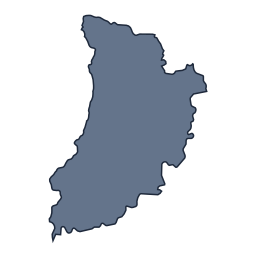 the Autonomous Community of Lérida
{"feature_id": "ESP-5831", "entity_name": "Lérida", "entity_type": "Autonomous Community", "adm_level": 1, "iso_a3": "ESP", "parent_name": "Spain", "parent_adm1": "", "projection": "mercator", "projection_center": [0.993, 42.04], "detail": "fine", "context": "isolated", "style": "filled", "palette": "slate", "viewbox_px": 256, "rotation_deg": 0, "n_neighbors": 0, "source": "natural_earth", "source_scale": "10m", "svg_char_len": 4417}
<svg xmlns="http://www.w3.org/2000/svg" viewBox="0 0 256 256"><path d="M89.0,15.4L90.8,15.5L94.4,17.0L96.2,17.4L98.2,17.2L100.0,17.5L104.4,20.1L107.5,21.3L108.4,22.0L110.1,23.7L111.2,24.2L112.2,23.6L113.1,22.8L114.2,22.5L115.1,22.8L116.8,24.2L117.6,24.7L126.4,25.3L128.6,26.0L130.4,27.6L131.4,29.7L132.2,31.9L133.3,33.8L135.1,35.1L136.2,35.3L139.7,34.1L152.4,34.2L154.9,34.8L154.4,36.8L154.9,37.4L155.9,37.5L156.8,37.9L158.6,41.2L160.6,44.0L162.4,48.8L163.9,50.8L163.4,51.7L162.8,53.1L162.7,54.4L163.6,55.0L163.6,55.5L161.8,58.5L161.5,60.1L163.8,59.8L165.7,61.4L166.0,63.7L164.0,65.1L163.4,65.3L161.6,66.1L164.6,70.8L164.6,72.5L165.8,73.4L172.1,74.3L172.9,74.1L174.1,73.5L174.8,72.7L175.2,71.9L175.8,71.2L178.7,70.8L182.3,70.4L185.7,68.9L186.8,65.2L187.2,64.7L187.5,64.6L187.8,64.7L188.0,65.1L189.3,65.6L190.5,65.5L191.7,65.0L192.7,63.8L193.0,64.0L193.2,64.3L193.2,64.7L193.2,65.1L193.4,67.5L193.9,69.7L194.9,71.7L196.4,73.2L203.0,75.7L203.4,76.5L203.4,80.6L203.9,81.7L205.7,84.1L206.1,85.2L206.2,86.3L206.1,87.4L205.8,88.5L206.7,91.4L193.5,94.0L190.5,97.6L190.2,98.5L190.2,99.4L191.0,104.6L191.4,105.5L192.0,106.2L195.2,107.8L195.6,108.4L195.9,109.5L195.8,110.7L195.4,111.9L194.8,112.8L193.6,113.5L193.2,113.9L192.8,114.9L192.7,115.4L192.6,116.0L193.6,119.6L193.2,120.9L192.7,121.4L191.3,121.9L190.9,122.4L190.8,123.2L191.2,125.6L191.1,127.0L190.8,128.4L190.1,129.6L187.9,131.7L187.6,132.6L187.8,133.8L188.2,134.4L188.7,134.6L191.3,133.5L192.0,133.4L192.7,133.8L193.4,134.8L193.6,135.9L193.2,137.0L192.4,137.9L191.3,138.4L188.0,138.4L187.1,138.7L186.4,139.6L186.1,140.6L186.0,144.1L183.2,148.8L183.1,150.4L185.0,155.3L185.1,156.8L184.7,158.1L177.4,166.6L176.7,167.2L175.7,167.2L173.2,164.9L172.3,164.7L169.4,165.3L168.5,164.9L166.6,162.3L165.5,161.8L164.2,161.9L163.0,162.5L162.1,163.6L161.8,164.5L161.5,175.4L164.8,183.8L164.6,184.8L159.7,185.9L158.1,187.2L157.7,189.5L159.7,189.8L161.6,191.2L160.1,193.3L157.9,194.7L140.9,193.7L140.2,194.0L139.5,194.5L137.8,197.6L136.9,201.2L137.0,204.4L136.7,205.6L135.7,206.5L132.9,207.4L131.5,207.5L126.9,206.1L126.1,206.4L125.8,207.2L125.9,209.4L125.8,210.4L124.1,213.9L121.8,216.7L118.3,217.8L117.5,218.7L116.1,222.5L115.0,223.9L106.8,225.6L105.7,225.4L103.1,223.4L102.1,223.3L101.5,223.6L101.1,224.2L100.5,225.7L99.1,227.1L94.3,227.1L92.0,228.8L80.0,231.6L77.5,230.9L74.8,228.5L73.9,228.1L73.1,228.4L72.4,229.2L71.6,231.4L70.8,232.4L69.7,232.9L68.5,233.0L67.5,232.5L66.7,231.4L64.7,227.5L63.8,226.8L62.8,226.6L61.8,227.0L61.1,228.0L60.6,234.7L55.7,234.3L53.0,240.6L52.4,237.4L52.2,234.2L54.8,228.4L54.5,226.0L53.5,224.1L52.2,222.7L50.4,221.9L49.6,221.7L49.3,218.9L50.8,216.8L51.8,213.0L51.9,210.3L51.8,207.6L52.1,206.8L53.1,205.9L56.2,204.9L56.9,204.5L57.2,204.2L57.4,203.9L57.4,203.7L57.6,203.2L58.0,202.3L58.6,201.5L60.6,199.1L61.1,198.2L61.4,197.3L61.1,196.1L60.6,195.2L60.3,194.1L60.2,193.1L60.2,192.0L59.6,190.9L58.8,190.5L57.8,190.4L56.7,190.5L53.5,190.1L52.7,189.7L52.1,188.9L51.8,187.8L51.3,184.7L49.8,181.3L49.7,180.2L49.7,179.1L51.2,176.9L53.7,174.6L55.1,172.3L55.8,171.5L56.5,170.9L56.7,170.1L57.4,169.1L57.8,168.7L58.5,168.2L59.3,168.0L62.8,167.3L63.9,166.6L64.7,165.5L65.8,163.2L67.2,160.9L67.6,160.4L68.2,159.9L69.0,159.6L71.0,159.1L71.9,158.4L72.7,157.4L73.5,155.8L75.0,154.8L75.9,154.4L76.5,153.5L77.2,152.7L77.6,151.8L77.4,147.2L77.2,146.3L76.8,145.6L75.9,145.0L74.5,143.6L74.4,142.8L74.8,141.9L75.4,141.1L76.2,140.3L77.1,139.7L78.0,139.6L78.7,139.2L79.2,138.6L79.9,137.1L80.4,136.4L81.1,135.8L82.3,135.3L82.7,134.8L83.2,134.0L83.7,132.5L83.6,131.4L83.6,130.5L85.0,127.4L86.6,121.7L86.6,121.0L87.6,120.2L88.2,119.0L88.6,117.5L88.9,114.5L89.2,113.0L88.9,111.6L88.6,110.8L88.8,109.3L89.1,108.0L89.5,107.0L90.3,102.6L90.5,101.9L90.9,101.3L91.7,100.0L92.6,97.3L92.8,96.4L93.0,93.9L93.0,92.1L92.9,91.5L93.4,89.6L93.6,88.3L93.6,85.6L93.1,79.6L92.2,76.2L91.7,74.5L91.0,73.6L90.6,73.1L90.2,72.8L89.8,72.2L89.4,71.1L89.4,69.7L89.1,68.6L88.6,67.5L88.4,66.4L88.7,65.2L89.4,64.7L90.2,64.7L90.6,64.6L91.0,64.4L91.4,64.1L91.4,63.8L91.7,63.0L91.4,61.5L91.8,60.3L92.1,59.4L92.6,58.9L93.1,57.7L93.7,56.5L94.2,55.7L94.5,55.1L94.6,54.5L94.8,53.6L94.9,51.6L95.1,50.9L95.5,50.0L95.4,49.4L95.0,48.8L93.9,48.1L91.8,47.7L90.9,47.3L89.9,46.5L89.1,45.3L87.7,41.4L85.7,37.7L84.5,36.6L84.7,36.3L84.8,34.0L84.1,31.8L82.8,30.3L81.4,29.7L82.0,28.3L82.4,27.7L83.1,27.1L82.0,25.5L83.5,21.6L83.2,18.5L83.7,16.5L86.1,15.6L89.0,15.4Z" fill="#64748b" stroke="#1e293b" stroke-width="1.5"/></svg>